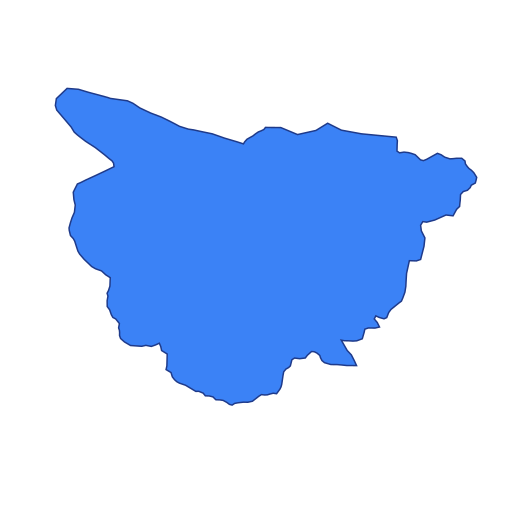 outline of Queimada Nova, Piauí, Brazil, rotated 95°
{"feature_id": "56859067B87224566321312", "entity_name": "Queimada Nova", "entity_type": "district", "adm_level": 2, "iso_a3": "BRA", "parent_name": "Brazil", "parent_adm1": "Piauí", "projection": "natural_earth1", "projection_center": [-41.328, -8.508], "detail": "fine", "context": "isolated", "style": "filled", "palette": "blue", "viewbox_px": 512, "rotation_deg": 95, "n_neighbors": 0, "source": "geoboundaries", "source_scale": "gbopen_adm2", "svg_char_len": 3072}
<svg xmlns="http://www.w3.org/2000/svg" viewBox="0 0 512 512"><g transform="rotate(95 256 256)"><path d="M356.4,146.3L351.8,148.9L346.2,152.4L342.2,156.9L332.4,163.7L332.7,160.6L332.4,156.4L332.3,152.0L331.7,148.2L329.2,142.9L322.5,141.6L319.4,141.2L317.9,137.8L317.4,131.1L316.0,126.8L311.7,129.4L308.4,132.7L305.2,131.4L306.5,127.8L307.4,123.0L306.0,120.4L300.8,118.9L297.5,116.9L294.0,113.3L290.7,109.9L288.3,107.2L285.0,106.1L279.1,104.5L273.1,104.1L268.0,104.3L260.2,104.5L247.3,102.8L246.9,95.8L245.1,91.7L231.7,89.5L223.3,89.3L216.5,93.5L211.0,94.7L207.2,92.8L207.4,88.9L204.6,81.1L198.6,70.3L198.8,63.2L192.0,60.2L188.9,57.5L186.0,57.5L182.4,57.4L176.9,57.6L173.7,55.1L172.1,51.1L169.2,48.6L166.7,47.7L164.2,43.9L161.5,43.4L158.4,43.0L154.0,46.3L151.8,48.9L150.3,51.4L148.6,53.2L146.0,55.4L143.1,56.1L140.7,59.6L141.2,64.9L141.9,68.4L142.3,71.3L141.1,76.6L139.0,80.4L137.9,84.2L144.8,94.4L146.4,97.5L145.9,100.5L143.1,103.9L141.2,106.3L140.2,110.3L139.7,113.3L139.6,117.6L140.7,122.0L139.2,124.7L132.6,125.1L128.8,125.2L125.4,126.7L125.1,161.6L123.2,181.9L117.5,196.2L125.7,207.2L131.4,225.2L125.9,242.5L127.1,257.8L129.3,259.2L130.9,261.9L132.2,264.5L134.5,267.3L136.7,269.6L138.6,272.5L140.5,275.2L143.2,277.2L145.4,278.3L143.9,284.9L141.3,297.7L138.1,310.2L137.0,319.7L135.8,329.2L135.5,334.5L133.5,343.5L131.4,348.4L129.6,352.8L125.9,362.3L122.7,373.6L118.6,384.7L114.6,391.9L112.6,397.6L111.7,414.8L111.0,417.6L107.5,437.3L105.4,447.4L105.5,458.8L116.6,468.6L123.6,469.0L128.0,467.2L143.6,451.4L148.4,447.9L150.8,444.7L152.6,442.0L156.5,435.9L158.9,431.4L161.9,425.7L164.4,421.8L168.3,415.8L171.8,410.8L173.8,407.7L175.9,406.0L179.4,405.2L184.3,413.4L189.9,423.0L194.9,431.8L198.1,437.0L199.8,440.2L205.3,442.4L208.4,443.6L215.7,442.3L221.0,440.5L228.3,440.7L234.0,442.6L238.7,443.7L244.3,444.7L246.7,444.3L251.8,442.6L254.6,439.5L257.0,437.9L263.7,435.1L266.7,433.8L269.4,431.9L274.3,426.9L280.8,418.8L282.7,414.8L284.3,408.6L287.8,404.1L290.3,399.3L298.8,398.9L303.5,400.0L306.1,401.1L308.8,400.0L313.5,400.4L319.3,399.8L322.4,397.1L327.1,395.0L329.7,393.2L330.9,390.3L335.2,386.2L339.6,386.6L341.9,385.6L344.2,385.2L347.1,385.0L350.0,383.7L353.1,379.5L356.1,373.2L355.9,362.0L354.6,357.9L355.2,352.4L353.4,348.4L351.3,344.7L354.5,343.0L358.4,341.8L361.4,335.9L373.2,335.2L377.0,335.7L379.5,330.5L383.7,328.8L386.3,326.4L388.1,324.0L389.3,321.3L390.9,314.9L396.1,304.2L395.8,301.2L397.2,296.7L399.7,294.3L399.5,290.4L400.1,286.6L402.7,283.5L402.5,279.6L402.7,276.2L404.4,272.3L406.1,269.6L406.6,266.8L404.7,264.4L403.8,261.2L403.2,258.2L402.7,255.7L402.4,251.4L401.0,246.9L395.5,241.0L393.6,238.5L393.7,235.2L393.3,232.5L392.3,230.1L391.2,226.9L391.4,223.5L386.6,220.6L384.3,219.7L381.7,219.2L376.7,218.9L372.9,218.7L368.9,218.3L366.0,216.3L364.3,213.8L362.5,212.2L360.0,211.8L356.2,211.2L354.3,208.7L354.5,203.6L353.3,198.0L350.4,196.2L346.3,192.3L346.3,189.6L347.4,186.8L349.5,183.8L351.7,182.9L354.4,181.2L356.3,178.5L357.6,171.9L357.1,165.9L357.1,160.9L357.2,155.8L356.7,150.1L356.4,146.3Z" fill="#3b82f6" stroke="#1e3a8a" stroke-width="1.5"/></g></svg>